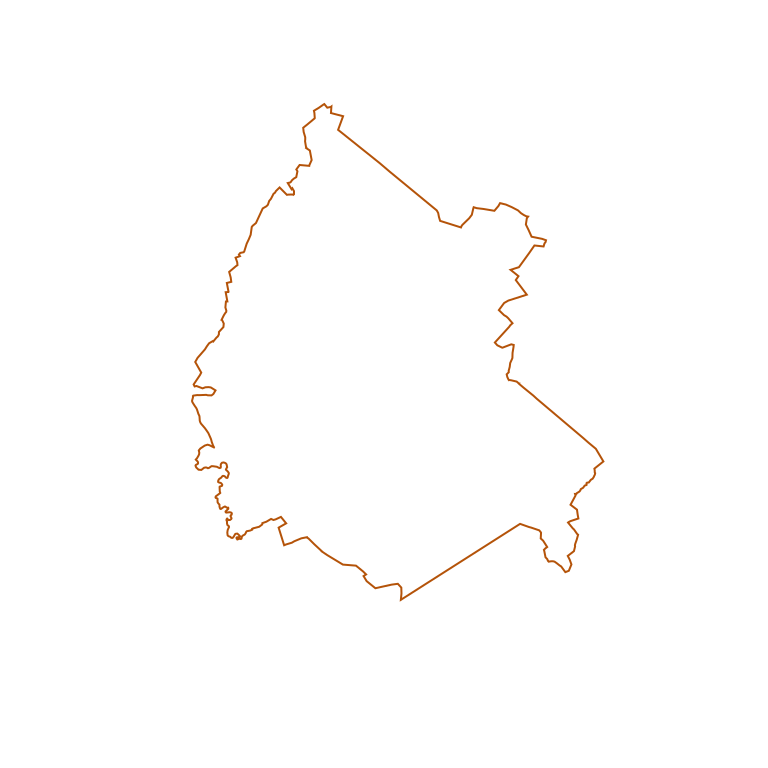 the district of Lēdurgas pag., Krimuldas, Latvia, rotated 143°
{"feature_id": "27541924B26008576526358", "entity_name": "Lēdurgas pag.", "entity_type": "district", "adm_level": 2, "iso_a3": "LVA", "parent_name": "Latvia", "parent_adm1": "Krimuldas", "projection": "albers", "projection_center": [24.794, 57.324], "detail": "fine", "context": "isolated", "style": "outline", "palette": "amber", "viewbox_px": 768, "rotation_deg": 143, "n_neighbors": 0, "source": "geoboundaries", "source_scale": "gbopen_adm2", "svg_char_len": 6142}
<svg xmlns="http://www.w3.org/2000/svg" viewBox="0 0 768 768"><g transform="rotate(143 384 384)"><path d="M255.4,190.1L253.8,204.8L256.0,214.1L257.4,220.9L270.9,280.4L271.7,284.8L274.7,296.9L276.0,302.7L275.8,302.9L276.0,303.0L276.3,304.8L276.6,306.1L280.0,310.2L281.7,312.0L281.9,312.0L281.9,312.6L281.3,315.4L280.2,317.9L277.3,318.3L276.5,319.5L273.3,322.0L270.6,324.8L267.1,326.7L265.8,327.5L262.6,331.5L258.3,335.6L256.9,337.1L258.5,339.1L267.5,341.7L267.8,342.0L270.2,346.7L270.5,350.4L251.9,353.9L249.3,354.4L248.0,354.9L244.8,355.2L245.2,361.8L245.6,364.1L246.7,366.8L247.8,373.9L239.3,376.4L234.5,375.8L216.2,369.4L216.2,387.7L211.7,389.2L214.2,399.0L205.9,396.1L189.0,401.3L180.5,404.1L173.8,397.8L171.2,399.7L169.6,400.1L168.1,401.3L170.4,404.8L177.5,412.8L175.9,419.8L174.7,426.0L170.2,430.4L168.2,431.0L169.4,432.3L170.6,434.7L171.8,438.0L172.5,442.0L175.6,448.5L178.7,454.0L182.5,458.6L185.5,457.3L191.6,455.9L199.2,463.9L204.1,468.6L206.0,471.2L207.0,470.5L212.0,466.3L216.2,465.1L225.7,463.9L227.2,463.4L228.3,462.7L241.0,480.5L239.6,484.3L237.8,488.0L237.4,490.9L251.6,549.9L254.5,562.9L267.7,614.6L255.5,622.5L263.3,632.3L259.0,637.3L259.7,637.3L263.0,638.8L263.2,643.5L264.0,643.6L269.9,643.8L275.5,644.4L276.5,642.3L279.3,638.0L279.5,637.9L289.6,637.4L294.3,637.3L296.5,633.6L298.4,628.5L299.5,627.0L301.0,625.3L303.6,620.3L303.6,619.7L304.2,619.4L302.7,615.1L307.0,606.4L311.9,603.7L312.4,603.2L319.6,609.7L324.9,608.1L325.1,606.0L329.6,602.0L332.4,602.3L334.9,602.1L336.9,601.4L337.6,601.4L339.9,602.4L340.6,595.2L339.4,595.5L339.8,592.2L341.7,589.7L342.5,589.7L342.5,589.9L342.9,590.3L346.5,592.9L347.7,593.5L349.1,603.8L354.4,603.1L355.8,602.4L357.7,602.4L362.9,599.9L365.5,599.3L368.9,597.0L371.0,596.7L375.2,597.2L389.4,589.6L393.7,589.4L395.1,589.0L400.7,583.4L404.8,581.0L409.2,578.7L415.8,574.0L416.8,573.7L419.9,575.2L422.0,574.7L422.1,572.8L426.5,574.2L428.0,569.5L429.5,567.1L431.4,567.2L440.2,566.7L442.3,561.4L444.5,557.5L448.7,559.3L452.7,551.2L452.9,551.1L455.2,552.6L459.4,544.2L460.6,545.0L464.6,540.6L465.8,537.4L466.7,536.5L468.1,536.2L470.5,535.3L475.1,533.0L474.8,532.6L475.6,528.7L478.0,526.1L484.5,524.9L486.0,523.0L488.1,522.0L489.8,521.9L494.8,520.7L494.9,521.3L499.2,521.8L502.8,520.7L506.2,519.4L517.1,517.1L521.5,515.2L523.1,503.1L525.6,501.9L536.3,498.2L536.7,496.0L535.0,495.3L531.5,489.7L528.7,488.9L526.0,487.1L524.4,485.5L522.4,480.3L526.3,478.7L528.6,478.7L531.6,481.1L532.5,482.3L538.3,486.3L539.9,487.6L543.3,489.5L543.8,489.4L544.6,488.3L547.2,486.3L547.7,485.6L548.0,484.5L548.3,480.8L548.4,477.8L548.7,476.2L550.2,471.9L550.6,469.8L551.1,468.8L553.2,465.6L553.7,464.3L554.0,462.6L553.6,456.3L553.8,450.8L554.0,449.7L555.2,444.6L555.6,443.4L556.4,441.5L557.5,437.9L557.8,436.3L557.8,435.8L558.0,435.7L560.2,440.1L561.4,441.7L564.2,442.7L569.5,443.0L571.9,442.4L572.8,440.4L573.9,439.2L575.1,438.5L577.9,437.3L579.8,436.9L579.5,434.5L579.5,433.9L580.0,432.8L580.5,432.4L581.1,432.3L582.8,432.6L583.5,432.4L583.8,431.9L584.2,430.4L583.7,427.2L581.6,425.3L578.2,425.4L577.0,424.9L576.0,424.1L575.3,422.7L574.2,422.3L571.3,422.2L570.3,421.5L567.3,418.5L566.2,416.2L565.8,415.7L564.8,415.5L564.2,416.0L563.3,417.4L562.6,418.1L561.8,418.4L560.8,418.6L559.5,418.0L558.7,417.1L558.2,416.1L558.0,415.3L558.2,414.3L559.3,412.0L561.3,411.1L561.8,410.7L561.4,408.0L561.5,406.4L561.7,406.1L562.0,405.7L564.0,404.4L565.1,403.5L565.6,403.3L566.1,403.6L566.4,404.0L566.6,404.6L566.6,405.6L567.0,406.6L567.7,407.4L568.1,407.6L569.0,407.6L570.3,407.2L572.6,407.3L573.4,407.2L574.9,406.3L575.4,405.6L575.0,404.5L574.1,403.5L573.8,402.9L573.7,401.9L573.8,400.9L574.2,400.5L574.8,400.2L576.5,400.8L577.0,400.9L577.3,400.7L579.9,396.9L580.1,396.0L580.4,395.5L585.9,395.5L586.7,395.0L586.9,394.3L586.6,393.8L586.1,393.1L586.0,392.5L587.6,390.4L588.1,389.6L588.2,388.2L588.0,386.7L589.1,385.2L589.7,383.8L589.9,382.9L589.7,382.5L589.3,382.3L586.9,382.3L585.0,382.0L584.6,381.7L583.8,379.6L582.9,379.0L583.0,378.6L583.6,378.0L584.2,377.9L587.1,377.6L587.4,377.4L587.6,376.7L587.3,376.2L584.3,374.4L583.4,373.2L583.3,372.8L583.4,372.3L583.6,372.0L584.3,371.4L584.6,371.3L585.0,371.4L586.0,371.0L586.2,370.3L586.5,368.8L586.8,368.3L587.3,368.1L588.9,368.1L590.0,368.9L590.3,370.9L590.9,370.8L591.7,370.2L592.2,368.5L593.2,367.3L593.9,365.7L593.5,363.7L593.9,363.0L596.5,361.6L597.2,361.0L598.5,359.7L599.9,357.4L599.9,356.4L599.7,355.9L598.9,354.7L598.7,354.2L598.6,353.3L598.3,352.8L597.5,352.2L596.0,352.5L593.2,353.7L592.5,353.6L591.2,352.8L590.9,351.5L590.6,349.4L590.7,349.0L591.0,348.8L591.6,348.8L593.9,350.1L594.4,349.9L594.7,349.3L594.7,348.1L593.8,347.8L593.1,347.9L591.6,346.3L590.8,346.3L589.9,347.2L588.9,347.8L588.0,347.9L585.8,347.6L584.5,348.0L582.9,348.9L582.2,349.0L579.1,347.5L577.0,347.0L576.5,347.7L576.0,347.6L576.3,347.1L575.8,347.4L575.2,347.4L569.6,345.1L565.8,345.1L564.9,346.1L560.8,344.8L555.4,344.2L554.1,341.9L552.0,341.1L546.3,339.9L546.0,331.6L554.6,332.7L560.8,315.3L558.8,314.8L553.1,312.7L550.3,312.4L542.9,310.5L537.7,308.0L537.9,307.5L537.7,307.2L537.5,306.5L537.3,306.3L536.1,297.9L534.2,287.3L534.3,287.3L532.3,281.5L525.5,264.5L515.7,255.8L513.5,246.8L512.9,242.7L515.9,242.9L516.5,237.0L513.8,226.1L498.7,219.2L493.2,216.1L492.7,211.0L496.1,206.2L500.4,201.5L359.5,190.4L354.2,182.4L353.0,180.9L348.1,173.7L348.0,171.4L348.1,170.7L351.8,166.3L351.2,163.1L351.8,155.6L354.1,155.6L356.1,155.3L356.4,154.4L359.3,148.4L359.0,145.9L359.4,144.5L359.3,144.0L359.5,143.7L359.4,143.0L357.3,141.9L355.7,140.7L354.7,139.5L353.9,137.0L352.9,133.2L352.3,131.7L352.4,124.6L348.8,123.6L342.9,127.1L341.4,132.0L340.7,136.1L332.9,136.2L329.1,139.3L328.6,140.3L327.4,141.3L323.9,143.6L319.7,146.8L320.0,148.0L319.8,153.5L320.1,155.0L320.4,162.6L319.8,162.6L317.7,162.3L309.7,159.6L307.9,163.2L305.5,167.5L307.7,175.3L298.1,179.7L297.6,181.1L297.0,180.5L296.5,180.4L296.0,180.8L292.7,180.5L291.4,180.8L290.1,181.6L287.4,181.3L284.9,182.1L283.2,181.5L282.9,181.5L282.0,182.9L281.2,183.0L279.7,182.1L276.4,183.0L274.4,182.8L272.2,183.6L271.1,184.3L270.3,184.6L269.5,185.3L269.0,185.7L268.9,186.5L267.6,188.4L266.9,189.8L255.4,190.1Z" fill="none" stroke="#b45309" stroke-width="2"/></g></svg>